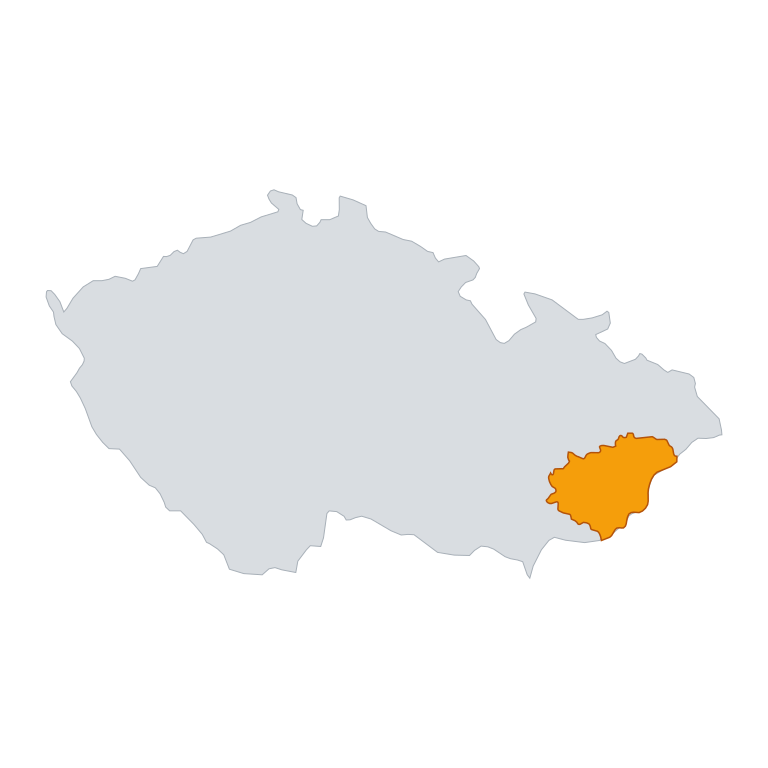 Zlínský on a map of Czechia (Albers equal-area conic projection)
{"feature_id": "CZE-10371", "entity_name": "Zlínský", "entity_type": "Region", "adm_level": 1, "iso_a3": "CZE", "parent_name": "Czechia", "parent_adm1": "", "projection": "albers", "projection_center": [17.624, 49.185], "detail": "fine", "context": "in_parent", "style": "filled", "palette": "amber", "viewbox_px": 768, "rotation_deg": 0, "n_neighbors": 0, "source": "natural_earth", "source_scale": "10m", "svg_char_len": 5456}
<svg xmlns="http://www.w3.org/2000/svg" viewBox="0 0 768 768"><path d="M721.9,434.8L719.4,435.1L713.6,437.6L706.1,438.5L698.0,438.2L691.8,442.4L685.9,449.3L679.8,454.1L676.5,458.4L674.7,462.7L654.0,475.2L651.1,480.4L648.9,487.4L648.0,496.9L646.5,505.4L643.0,509.9L631.7,513.8L628.9,515.9L626.8,520.2L620.4,526.9L613.0,533.2L599.3,540.5L584.6,542.6L565.5,540.2L554.3,537.3L548.9,540.4L541.4,549.8L533.2,566.0L529.8,578.2L527.2,574.7L522.7,561.7L517.5,560.0L510.5,558.7L505.1,556.7L493.7,549.1L487.8,546.8L481.1,546.1L474.5,550.4L469.5,555.5L454.2,555.1L437.6,552.4L414.0,534.7L407.9,534.4L401.2,535.0L390.9,530.7L371.0,519.0L361.7,516.2L355.6,517.6L350.1,519.8L346.2,520.0L344.1,516.3L336.7,511.6L329.2,510.9L326.9,513.5L323.5,537.8L320.7,546.5L310.3,545.7L306.4,549.8L297.8,561.2L295.8,572.5L281.7,569.8L275.0,567.6L269.0,568.8L262.2,574.8L243.8,573.6L229.4,569.2L223.8,554.8L217.5,548.9L209.4,543.6L206.5,542.3L202.3,534.4L194.0,524.5L180.6,510.8L169.6,510.8L165.7,507.1L164.2,502.3L160.1,493.8L155.3,487.8L149.2,485.2L140.7,477.4L129.7,460.8L119.5,449.1L109.0,448.6L102.7,442.4L96.4,434.4L91.9,426.8L85.3,408.6L80.4,398.1L76.4,391.5L71.9,386.0L70.4,381.7L77.0,372.7L79.5,368.2L82.4,364.7L84.1,361.0L84.3,358.2L79.4,348.5L72.5,341.2L62.2,333.7L55.9,324.6L54.0,316.5L53.5,312.1L49.3,305.9L46.1,297.0L46.5,291.8L47.5,290.5L51.1,290.7L54.8,294.5L59.9,301.7L63.8,312.0L66.9,308.4L73.0,298.2L83.2,286.9L93.2,280.7L101.9,280.7L109.0,279.3L115.1,276.3L125.3,278.3L132.5,281.2L135.0,279.9L138.4,273.8L140.7,268.6L157.2,266.4L163.5,256.4L166.6,256.6L170.3,255.3L174.0,251.6L177.4,250.2L180.0,252.2L183.4,253.7L187.1,251.4L193.1,239.9L196.2,238.2L210.6,237.1L230.5,231.1L240.6,225.3L250.5,222.4L261.2,216.9L277.9,211.8L278.8,209.4L271.4,203.0L269.0,199.1L267.5,195.2L270.4,191.0L274.0,189.8L278.6,191.8L292.3,195.0L296.0,197.6L297.1,203.8L300.4,209.6L303.2,210.3L301.8,219.5L306.0,223.3L312.4,226.3L316.7,225.9L319.9,222.3L321.1,219.7L329.7,219.7L338.4,216.0L339.3,209.7L339.2,197.8L340.2,196.1L353.1,199.9L366.0,205.7L367.4,217.5L370.8,223.5L374.7,228.9L378.6,231.4L385.5,232.0L403.1,239.5L411.6,241.2L420.3,246.3L427.6,251.4L433.0,252.6L435.4,258.1L438.6,261.9L444.5,259.1L466.0,255.5L473.7,261.0L478.8,266.7L479.5,268.6L476.7,273.5L475.3,277.4L473.0,279.9L465.6,282.5L461.3,286.9L458.2,291.6L460.2,296.3L466.2,299.9L470.4,300.8L472.0,304.2L485.5,319.5L496.1,339.5L500.3,342.6L504.3,343.4L509.0,340.6L514.4,334.2L520.8,329.6L526.2,327.3L535.7,321.9L536.1,318.4L528.3,304.9L523.9,294.0L525.0,292.1L535.0,293.9L552.1,299.9L578.3,319.4L583.0,319.4L592.2,317.9L602.2,314.8L607.0,311.2L608.8,312.5L610.3,323.1L607.7,329.0L595.7,334.6L596.4,337.4L599.5,341.0L604.9,343.5L611.5,350.4L616.0,358.2L620.0,361.8L624.4,363.5L635.4,359.3L638.5,356.0L639.8,353.6L641.9,354.1L645.8,358.0L647.0,360.2L657.7,364.5L663.9,369.9L667.8,372.4L672.1,369.9L689.1,374.0L693.8,377.5L695.4,383.5L694.6,387.1L697.3,396.5L719.1,418.8L721.5,430.2L721.9,434.8Z" fill="#d9dde1" stroke="#a8b0b8" stroke-width="1"/><path d="M674.4,463.7L670.6,466.7L657.0,472.2L654.0,475.0L651.5,479.1L649.7,483.9L648.4,489.0L648.0,493.2L648.1,494.1L648.2,501.1L647.6,504.6L645.5,508.2L642.5,511.0L639.1,512.6L633.6,512.2L631.1,512.6L628.9,514.0L627.6,516.8L627.0,519.1L626.2,523.9L625.4,526.1L623.5,527.9L621.5,528.0L619.3,527.7L616.8,528.1L615.2,529.5L611.6,535.6L609.8,537.2L601.4,540.5L600.7,536.9L599.7,534.2L599.0,532.9L598.2,531.9L597.2,531.2L591.7,529.6L591.0,529.1L590.7,528.4L590.4,526.8L589.9,525.3L589.2,524.2L588.8,523.8L586.5,522.8L583.4,522.4L580.2,524.2L579.4,524.4L578.6,524.3L577.9,523.9L576.8,522.2L575.0,520.7L571.4,519.1L571.0,516.9L570.5,515.2L570.1,514.6L569.6,514.3L563.3,512.9L559.1,510.9L558.5,510.4L558.1,509.8L557.9,509.0L558.2,504.1L558.2,503.1L557.9,502.3L557.3,501.9L556.5,501.8L551.5,503.5L549.7,503.5L547.9,502.7L547.1,502.0L546.6,501.3L546.3,500.6L546.5,499.9L548.1,498.5L550.8,494.7L551.3,494.2L554.1,493.2L555.3,492.3L555.8,491.7L556.0,490.9L555.9,490.0L555.7,489.1L555.3,488.5L554.9,488.1L552.2,486.5L550.9,484.6L549.5,481.7L548.7,478.6L548.6,477.3L548.8,476.3L550.5,473.3L550.6,473.0L551.2,474.0L551.5,474.4L551.9,474.7L552.3,474.8L552.9,474.6L553.3,474.1L553.5,473.3L554.0,470.4L554.3,469.6L554.8,469.1L555.5,468.9L562.1,468.7L562.5,468.8L562.9,468.8L563.3,468.6L563.7,468.2L564.1,467.4L564.7,466.7L568.2,463.4L568.6,463.0L569.5,461.1L568.6,460.0L567.8,457.3L568.0,454.6L568.4,452.1L570.3,452.4L570.9,452.4L572.5,453.0L575.0,455.2L577.1,456.4L578.0,456.6L582.4,458.5L583.5,458.8L584.1,458.5L584.7,458.0L585.2,457.1L585.7,456.1L586.2,455.2L586.6,454.7L587.1,454.2L588.4,453.5L590.2,452.8L591.0,452.6L598.2,452.7L599.0,452.6L599.6,452.3L600.0,451.9L600.4,451.4L600.6,450.8L600.6,450.1L600.3,449.1L599.7,447.5L599.5,446.9L599.7,446.4L600.1,446.1L601.3,445.6L602.5,445.5L604.0,445.5L612.9,447.3L615.7,446.1L615.4,444.4L615.4,442.9L615.5,442.1L615.7,441.4L616.0,440.9L616.4,440.5L617.6,439.8L618.0,439.4L618.4,438.8L619.0,436.9L619.5,436.2L619.9,435.7L620.5,435.5L621.0,435.5L621.5,435.7L622.1,436.1L623.0,437.2L623.6,437.5L624.9,437.6L626.3,437.3L627.8,433.2L632.3,433.2L632.7,433.4L633.1,433.9L633.4,434.5L633.8,436.5L634.2,437.2L634.8,437.8L635.5,438.2L636.3,438.4L652.2,436.7L653.1,437.1L656.2,439.2L656.9,439.5L664.6,439.3L666.4,440.0L666.9,440.5L669.0,445.0L669.7,445.8L671.5,446.9L672.1,447.6L672.6,448.5L672.9,449.5L673.7,454.0L674.1,454.9L674.6,455.6L675.2,456.0L675.8,456.2L676.9,456.2L676.8,461.8L674.4,463.7Z" fill="#f59e0b" stroke="#b45309" stroke-width="1.5"/></svg>